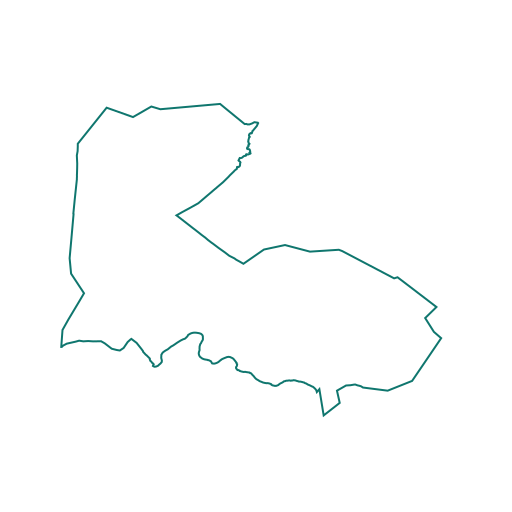 outline of Santiago Tetepec, Oaxaca, Mexico, rotated 103°
{"feature_id": "50627088B18876706732637", "entity_name": "Santiago Tetepec", "entity_type": "district", "adm_level": 2, "iso_a3": "MEX", "parent_name": "Mexico", "parent_adm1": "Oaxaca", "projection": "natural_earth1", "projection_center": [-97.666, 16.359], "detail": "fine", "context": "isolated", "style": "outline", "palette": "teal", "viewbox_px": 512, "rotation_deg": 103, "n_neighbors": 0, "source": "geoboundaries", "source_scale": "gbopen_adm2", "svg_char_len": 5546}
<svg xmlns="http://www.w3.org/2000/svg" viewBox="0 0 512 512"><g transform="rotate(103 256 256)"><path d="M388.4,425.3L388.3,424.8L386.8,423.9L384.0,420.7L380.0,412.4L378.3,409.3L378.0,405.1L376.6,400.3L375.8,395.4L373.9,387.8L375.1,383.8L378.8,375.7L378.9,371.3L378.9,370.1L378.7,367.4L375.4,364.3L368.7,361.7L365.7,359.6L364.8,358.8L367.5,352.8L372.3,346.8L374.1,344.7L374.7,344.5L377.0,341.2L377.3,340.4L379.8,336.4L380.5,336.3L381.9,335.4L382.5,334.2L383.4,333.3L384.0,331.8L384.7,331.3L385.2,331.6L386.3,331.7L386.6,330.8L386.7,329.8L386.1,328.3L385.0,326.8L383.6,325.9L382.3,324.9L380.5,324.0L379.0,324.2L376.7,325.4L373.5,326.0L371.1,325.2L369.3,323.7L368.2,322.6L366.8,321.0L363.3,318.3L361.9,316.7L360.3,315.2L358.3,313.4L356.7,311.8L355.3,310.4L353.5,308.2L352.7,306.8L352.0,306.2L349.8,304.8L348.1,304.3L347.2,303.3L346.3,302.4L345.3,300.8L344.6,299.1L344.2,297.0L344.1,295.6L344.0,294.2L344.1,293.0L344.2,292.1L344.7,291.1L345.4,290.2L346.3,289.7L347.5,289.4L349.0,289.0L350.3,289.1L351.4,289.6L353.4,290.0L354.4,290.5L356.9,290.6L359.0,290.2L360.3,289.8L361.3,289.9L362.7,290.0L364.1,289.8L365.3,289.2L366.0,288.7L366.8,287.9L368.0,285.3L368.3,283.2L368.2,280.9L368.1,280.2L368.3,279.4L368.1,278.6L368.4,277.8L368.5,277.0L368.7,276.3L369.1,275.9L370.1,275.0L370.5,274.6L370.5,274.1L370.4,273.2L370.2,272.3L369.7,271.3L369.0,270.2L367.8,268.8L366.2,267.6L365.5,267.1L365.3,266.8L364.6,266.4L364.4,266.1L363.9,265.6L362.5,263.7L361.0,261.5L360.4,260.0L360.3,258.4L360.5,257.5L360.7,256.5L360.9,255.7L361.4,254.7L362.1,253.8L363.6,251.9L364.0,251.6L364.4,250.9L364.7,250.8L365.0,250.8L365.1,250.6L365.7,250.3L365.8,250.0L366.9,249.9L367.8,250.0L368.7,250.4L369.6,250.3L370.4,249.6L370.9,248.8L371.3,248.4L371.1,247.3L371.4,246.6L371.4,246.2L371.7,245.9L371.7,245.2L371.8,244.5L371.8,243.8L371.8,242.8L371.8,242.1L371.7,241.6L371.5,241.1L371.3,240.5L371.3,239.4L371.2,238.2L371.1,236.8L371.0,236.1L371.4,235.5L371.3,234.9L371.5,234.3L372.3,233.2L372.8,232.5L373.6,231.2L374.7,229.9L375.5,228.7L375.9,227.9L376.3,226.7L376.6,225.5L377.1,224.5L377.3,223.0L377.5,221.7L377.7,220.7L377.7,219.8L377.7,218.8L377.6,217.3L377.3,216.2L377.2,215.0L377.2,214.4L377.3,213.9L377.3,213.3L377.5,212.3L378.0,212.0L378.3,210.9L378.3,209.9L378.3,209.2L378.3,208.2L378.0,207.4L377.9,206.9L377.7,206.7L377.2,205.9L376.7,205.2L376.2,204.9L375.7,204.5L374.7,203.6L374.1,202.8L373.6,202.2L373.0,201.5L372.5,201.1L372.0,200.8L371.8,200.4L371.5,199.8L371.3,199.3L371.1,199.2L370.7,198.4L370.5,197.8L370.3,197.0L370.1,196.6L369.9,196.0L369.7,195.4L369.7,194.8L369.7,194.0L369.4,193.7L369.2,192.7L368.9,192.1L368.6,191.6L368.6,191.4L368.5,190.8L368.4,190.1L368.4,189.5L368.5,188.4L368.6,187.7L368.5,187.1L368.7,186.4L368.6,185.5L368.4,184.5L368.4,184.0L368.4,183.5L368.4,182.8L368.4,182.3L368.5,181.7L368.5,181.2L368.4,180.9L368.5,180.5L368.8,179.9L368.9,179.3L368.9,178.6L369.1,177.9L369.3,177.4L369.5,176.8L369.7,176.2L369.7,175.7L369.9,174.7L370.0,174.0L370.3,173.0L370.5,172.2L370.6,171.2L371.0,170.3L371.4,169.6L371.7,169.1L372.1,168.4L372.6,167.8L373.3,167.0L374.2,166.5L374.9,166.1L371.5,164.3L396.1,154.2L380.3,141.4L369.0,146.8L361.9,139.1L360.7,135.0L359.2,131.4L358.9,130.3L359.2,128.1L359.2,126.3L359.3,124.5L359.8,123.0L360.1,122.2L357.6,97.4L342.6,75.8L314.3,64.8L294.4,57.1L289.9,65.6L278.5,77.1L278.4,77.2L265.1,68.7L249.5,103.1L244.9,113.3L246.7,116.4L231.8,173.1L231.3,176.7L239.6,204.4L238.8,230.2L247.9,249.7L266.4,266.5L265.0,271.1L264.1,274.4L263.2,276.4L261.8,282.1L259.5,287.1L256.5,294.4L253.5,301.1L253.1,302.2L251.4,305.9L251.4,306.0L249.6,309.4L247.7,313.7L244.2,321.1L243.0,323.8L241.5,327.0L239.6,331.1L234.6,341.9L234.3,342.6L229.5,337.4L224.3,331.5L217.6,324.1L208.3,317.2L199.8,310.9L199.7,310.8L198.4,309.8L197.9,309.5L191.5,304.7L184.9,300.5L183.4,299.7L179.7,297.3L178.3,296.4L177.6,296.1L176.5,295.2L176.0,294.8L175.8,294.6L175.5,294.3L175.0,294.3L173.6,294.5L173.4,294.3L173.4,293.3L173.3,293.0L172.4,292.3L172.0,292.2L171.7,292.0L171.4,292.1L171.1,292.0L170.4,292.1L169.9,292.3L168.3,292.2L168.2,292.3L168.0,292.5L167.7,292.8L167.5,293.4L166.9,294.5L166.2,294.4L164.6,294.0L164.2,293.9L164.2,293.4L163.9,292.7L163.6,292.1L163.1,291.5L162.7,291.2L162.2,291.0L161.2,290.0L160.7,288.7L160.4,288.3L160.1,288.2L159.8,288.2L159.4,288.5L159.1,288.4L158.9,287.8L159.0,287.3L158.8,286.4L157.6,284.6L157.3,284.4L156.9,284.6L156.6,285.5L156.2,285.3L156.0,285.2L155.7,285.1L155.4,285.2L155.3,285.3L154.9,285.4L154.6,285.6L154.0,285.9L153.6,286.3L153.5,286.6L153.7,287.9L153.5,288.8L153.3,288.9L152.8,289.0L152.1,288.9L151.9,288.5L151.7,288.4L151.0,288.0L150.6,288.0L150.4,288.0L149.9,288.4L149.7,288.1L149.2,288.0L148.9,287.8L148.2,287.6L147.9,288.2L147.8,288.4L147.7,288.5L147.3,288.8L147.2,288.8L146.8,288.8L146.3,289.3L145.9,289.4L144.7,289.4L144.3,289.5L143.9,289.4L143.2,289.4L142.9,289.4L142.0,289.4L141.7,289.0L141.3,288.9L140.4,289.8L140.1,290.0L139.4,290.0L139.2,290.0L138.3,289.7L138.0,289.3L137.9,288.8L137.7,288.4L137.4,288.5L137.2,287.7L136.8,287.6L135.1,287.6L134.5,287.1L134.4,287.1L129.0,284.4L128.8,284.4L126.0,283.8L125.7,284.2L126.0,287.7L127.7,289.6L129.3,292.1L129.7,293.9L129.5,295.1L130.0,296.7L119.4,318.2L115.9,325.2L116.7,327.6L121.3,341.7L134.5,382.2L133.9,391.6L148.3,407.1L145.1,434.9L186.7,454.9L189.3,454.3L194.0,453.4L198.3,453.2L206.1,451.0L210.3,450.1L216.7,448.8L217.0,448.8L219.4,448.2L220.3,448.1L221.4,447.8L241.2,445.4L255.9,443.5L256.1,443.2L281.9,439.6L300.1,437.1L314.8,432.2L331.0,415.2L340.2,418.1L360.0,424.5L371.6,427.9L388.4,425.3Z" fill="none" stroke="#0f766e" stroke-width="2"/></g></svg>